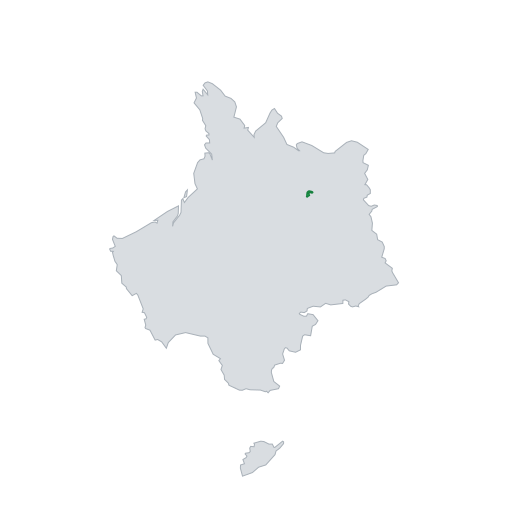 Hauts-de-Seine highlighted on a map of France, rotated 49°
{"feature_id": "FRA-5306", "entity_name": "Hauts-de-Seine", "entity_type": "Metropolitan department", "adm_level": 1, "iso_a3": "FRA", "parent_name": "France", "parent_adm1": "", "projection": "orthographic", "projection_center": [2.26, 48.844], "detail": "fine", "context": "in_parent", "style": "filled", "palette": "green", "viewbox_px": 512, "rotation_deg": 49, "n_neighbors": 0, "source": "natural_earth", "source_scale": "10m", "svg_char_len": 4218}
<svg xmlns="http://www.w3.org/2000/svg" viewBox="0 0 512 512"><g transform="rotate(49 256 256)"><path d="M361.7,211.8L359.2,213.5L357.7,216.6L356.1,217.5L353.0,217.7L351.4,215.9L347.8,217.3L346.4,219.4L348.8,221.6L341.9,231.7L337.4,234.5L336.7,240.8L331.4,245.8L329.5,250.9L329.4,251.9L330.9,253.5L330.4,256.7L327.7,259.0L327.8,261.1L328.6,261.3L332.9,259.4L334.5,257.4L333.5,254.8L337.7,251.4L345.5,251.7L346.7,256.0L345.9,259.6L352.0,267.1L347.3,271.0L347.1,273.4L352.6,281.0L356.0,284.0L354.6,289.3L349.4,293.1L345.9,293.0L344.5,293.9L344.7,295.6L347.4,300.2L353.4,302.9L354.5,306.5L353.0,307.8L350.6,313.4L351.9,316.0L351.5,317.2L352.2,319.0L353.9,320.8L362.4,324.9L369.7,323.5L370.9,326.1L366.7,333.5L367.2,336.6L364.9,336.8L364.6,338.0L360.1,340.6L353.0,348.3L349.6,350.6L348.4,354.3L346.4,356.5L335.8,361.2L333.8,360.3L328.5,360.7L325.1,358.2L318.7,356.9L316.5,353.2L310.6,352.7L310.2,350.2L302.1,352.8L290.4,349.6L286.2,346.0L282.9,347.1L280.0,350.5L267.6,359.4L262.8,368.5L263.8,379.0L266.8,384.2L259.0,383.5L254.5,385.0L253.3,387.3L242.4,384.7L238.3,386.9L237.2,386.7L235.8,384.5L230.4,381.9L231.3,380.2L230.6,378.7L225.6,377.4L223.8,378.9L221.9,375.8L207.9,370.8L205.7,370.8L204.7,375.5L195.6,375.2L194.4,374.3L188.5,375.1L182.4,370.5L175.5,371.1L171.5,366.4L167.4,365.9L161.7,363.3L159.1,361.9L158.9,360.6L157.1,362.6L155.0,362.0L154.5,361.3L156.0,358.9L156.4,355.9L149.3,353.4L147.6,351.2L147.6,350.0L151.5,349.2L155.1,345.3L159.1,330.6L162.2,313.2L164.1,309.9L166.3,309.1L164.6,306.6L162.3,309.7L164.3,293.6L167.3,281.6L172.9,286.8L174.2,289.0L175.7,296.3L178.9,299.5L176.9,296.5L175.1,286.8L173.9,284.0L164.9,275.6L164.7,273.7L168.7,274.9L167.3,268.8L166.9,256.2L161.4,254.6L152.8,248.8L147.2,238.8L146.7,235.2L148.5,231.5L147.3,229.0L144.8,227.1L147.0,224.0L148.8,223.8L155.0,226.0L150.0,222.6L141.6,223.2L138.3,221.9L137.9,219.6L140.3,216.8L137.6,214.8L132.8,214.9L132.3,214.1L133.8,212.1L132.7,211.2L128.8,211.8L126.6,211.0L124.7,208.4L118.5,207.4L117.2,206.0L108.8,202.5L99.8,202.3L97.7,197.3L92.5,194.5L93.7,193.1L99.3,192.2L100.4,190.9L96.6,188.6L95.4,186.5L102.7,186.7L99.6,184.4L92.5,183.9L91.9,180.9L93.0,178.1L97.3,175.9L107.7,173.9L115.1,174.4L120.6,171.5L125.8,170.9L130.6,172.9L136.7,181.6L142.2,178.3L150.1,178.9L151.7,181.1L154.0,177.4L155.6,179.7L165.3,179.5L163.1,177.9L161.5,174.3L161.8,161.3L157.3,151.6L156.3,148.2L156.8,145.3L162.4,146.1L167.2,145.0L169.4,146.0L169.7,152.1L171.5,155.7L184.6,157.3L192.1,159.5L198.6,156.2L204.6,154.8L205.1,154.1L201.7,154.3L198.6,152.7L198.2,151.1L200.0,146.4L209.2,141.4L222.5,137.2L225.9,134.3L229.8,129.0L229.0,127.6L229.7,113.1L231.7,108.3L236.6,104.9L249.2,101.4L250.8,106.0L250.7,108.6L254.1,112.7L255.8,114.0L261.3,111.7L264.0,115.5L264.9,119.8L271.6,121.4L273.6,127.0L274.8,125.8L279.1,125.9L281.0,126.3L283.8,128.7L283.1,132.1L284.3,133.7L283.2,136.8L284.1,138.1L291.9,137.9L294.1,136.4L295.1,133.3L297.4,131.4L298.3,131.9L297.0,137.7L298.1,139.2L298.8,143.3L301.8,143.5L307.6,146.6L312.7,151.8L318.7,150.6L323.5,153.5L328.3,151.6L333.0,153.0L334.7,154.5L339.4,161.9L342.6,160.2L345.0,160.9L345.9,163.1L354.7,161.2L356.4,163.3L358.3,163.9L369.7,166.0L370.0,168.8L364.1,177.5L362.1,189.3L360.5,193.4L360.0,196.5L360.6,198.5L360.5,201.7L359.7,209.3L360.6,211.5L361.7,211.8ZM416.6,364.0L416.3,368.8L418.4,372.0L420.1,385.7L417.1,392.6L417.1,400.7L413.3,410.6L405.9,407.0L403.6,404.8L405.2,401.0L401.0,399.4L401.7,395.8L401.1,394.1L398.2,394.1L398.0,393.2L399.9,390.3L399.8,388.6L396.9,386.8L396.2,384.9L398.7,382.6L397.3,380.8L395.9,380.4L398.9,373.9L401.2,371.8L406.5,369.6L408.6,367.1L412.3,368.0L412.8,367.3L413.2,357.4L414.4,357.1L415.7,358.3L416.6,364.0ZM165.6,269.4L164.7,272.2L161.4,267.1L161.1,264.4L165.6,269.4Z" fill="#d9dde1" stroke="#a8b0b8" stroke-width="1"/><path d="M243.9,173.2L243.6,173.7L243.2,174.3L243.1,174.8L243.3,175.4L243.7,175.3L245.3,176.0L245.2,176.4L245.1,177.1L245.0,177.8L245.1,178.2L245.0,178.6L244.7,178.8L244.4,178.8L244.0,178.0L243.4,177.7L243.1,177.3L241.8,175.9L241.5,175.2L241.5,173.8L241.7,173.6L242.2,172.8L242.4,172.7L242.8,172.6L243.1,172.3L243.7,171.8L244.5,171.4L245.1,171.4L245.3,171.7L245.2,172.3L245.1,172.5L244.3,172.9L243.9,173.2Z" fill="#22c55e" stroke="#15803d" stroke-width="1.5"/></g></svg>